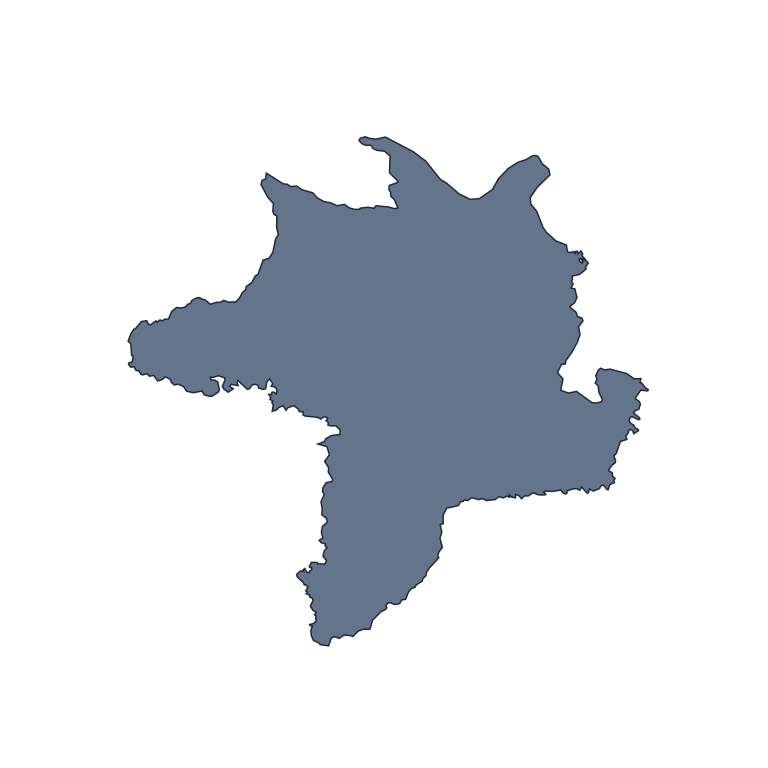 Armero, Tolima, Colombia (Robinson projection), rotated 290°
{"feature_id": "7082276B14946776938567", "entity_name": "Armero", "entity_type": "district", "adm_level": 2, "iso_a3": "COL", "parent_name": "Colombia", "parent_adm1": "Tolima", "projection": "robinson", "projection_center": [-74.888, 5.016], "detail": "fine", "context": "isolated", "style": "filled", "palette": "slate", "viewbox_px": 768, "rotation_deg": 290, "n_neighbors": 0, "source": "geoboundaries", "source_scale": "gbopen_adm2", "svg_char_len": 6171}
<svg xmlns="http://www.w3.org/2000/svg" viewBox="0 0 768 768"><g transform="rotate(290 384 384)"><path d="M608.9,457.7L621.0,460.6L637.2,468.4L642.2,465.4L645.1,457.4L650.5,451.0L650.7,448.8L649.5,445.7L643.4,440.7L638.2,434.1L629.3,427.2L616.2,421.4L603.8,419.4L590.8,410.2L587.0,402.0L588.3,389.7L594.1,374.2L595.5,367.0L607.7,347.1L612.3,331.9L616.5,300.8L611.4,292.8L609.9,286.7L609.9,281.9L606.9,277.7L604.4,277.1L602.2,281.2L602.1,285.3L603.8,289.4L603.4,291.2L601.8,292.5L601.1,297.1L602.9,305.0L600.2,311.8L584.4,316.9L579.2,327.9L577.7,327.5L572.4,321.0L568.0,322.3L566.6,324.5L562.6,326.3L561.0,330.5L554.2,336.8L552.4,334.1L551.9,327.9L548.8,315.6L545.7,314.4L544.5,308.2L541.1,301.5L539.9,301.3L538.1,296.8L537.6,291.5L539.2,285.3L535.5,278.9L536.0,272.1L534.9,265.2L536.1,257.7L539.3,251.7L538.5,240.5L540.1,234.3L537.6,228.7L538.6,224.6L537.6,220.8L541.9,201.3L536.4,202.7L533.5,199.7L529.1,200.4L519.9,210.7L515.7,218.4L508.3,220.4L505.7,222.8L505.3,225.8L494.3,229.6L488.2,233.6L483.4,232.5L469.8,234.5L462.8,233.0L459.1,228.0L443.8,228.1L441.8,226.2L434.0,225.0L428.6,221.2L425.3,221.8L421.5,219.6L415.2,218.8L410.4,216.6L407.8,210.1L407.7,204.7L404.7,202.2L403.5,198.7L399.6,193.6L401.9,186.8L401.4,183.1L402.2,181.4L400.6,178.2L396.8,174.9L393.4,174.5L391.7,172.2L388.9,171.2L386.2,168.0L384.9,162.9L379.9,159.8L371.4,159.2L369.6,155.4L367.5,154.2L367.6,151.6L364.8,150.0L365.3,148.1L359.9,144.5L359.6,142.1L362.3,139.4L359.7,134.6L350.8,131.4L349.9,130.2L344.3,128.9L336.8,128.9L335.0,132.4L324.5,137.1L324.2,138.7L323.0,139.3L318.5,139.6L316.6,137.1L315.3,137.0L313.2,140.1L314.8,143.5L312.1,145.9L312.2,149.7L309.9,152.3L310.0,154.0L312.6,157.8L311.1,161.1L313.3,164.5L309.5,170.3L311.9,173.7L316.1,176.2L315.1,181.8L312.9,183.6L311.3,187.2L313.4,190.5L313.1,196.3L309.7,201.0L310.6,207.8L315.1,215.3L312.3,219.0L312.8,224.4L313.9,226.8L319.6,231.0L322.2,231.3L329.0,227.2L329.8,224.0L328.7,219.9L331.1,218.6L331.6,221.1L335.0,225.3L335.4,231.8L333.9,233.2L326.3,233.0L324.3,235.6L323.0,240.5L327.9,244.0L329.0,239.7L331.5,240.6L332.6,247.5L335.5,245.4L337.4,245.5L332.3,257.4L333.3,259.1L338.3,260.6L339.7,263.3L339.7,266.0L337.3,267.5L337.6,272.5L339.1,274.4L346.2,273.1L349.5,274.7L346.3,279.4L343.3,278.7L343.9,282.1L342.6,284.6L340.6,285.9L337.8,286.1L338.7,283.0L337.7,281.4L335.7,282.0L334.9,279.2L332.7,282.2L330.7,282.0L329.9,285.4L328.3,284.9L326.6,287.1L320.1,288.3L322.7,291.8L326.0,293.2L329.0,296.6L325.8,300.9L329.0,301.9L332.8,306.7L331.2,311.9L329.1,313.8L330.1,317.6L327.0,318.7L327.0,321.4L330.0,332.7L329.4,336.6L332.7,338.9L333.1,341.4L332.1,342.9L329.8,342.0L328.8,344.8L326.3,345.4L326.4,348.4L328.3,353.1L325.7,358.6L321.4,359.8L317.6,352.2L312.6,348.0L309.6,347.7L305.0,342.5L305.6,351.8L298.8,356.9L290.9,354.7L286.6,360.5L282.1,361.8L276.8,368.4L274.4,368.3L271.7,363.5L265.9,362.1L262.4,362.8L259.5,365.6L251.7,365.1L246.1,368.4L239.9,370.3L238.1,375.7L235.0,378.0L229.0,374.8L222.9,376.0L218.3,379.3L215.0,376.5L213.4,379.3L213.7,383.7L211.7,384.0L211.0,386.3L206.9,385.0L201.4,385.5L198.5,390.2L195.2,390.2L194.3,389.2L192.4,383.6L193.4,382.4L191.6,376.8L187.0,376.2L186.2,377.3L186.7,378.7L184.6,379.6L183.0,378.3L181.5,378.4L180.6,376.2L183.5,372.7L181.6,371.5L180.4,372.8L179.7,369.4L175.2,367.0L173.2,368.3L169.6,376.4L168.0,377.8L168.5,379.9L166.5,382.0L162.9,381.2L162.5,383.3L160.3,382.6L160.3,386.0L158.2,387.4L158.3,389.6L156.6,391.4L150.1,390.7L147.0,394.6L146.4,398.5L143.4,397.5L142.9,399.4L140.1,400.0L138.8,401.5L134.9,399.8L132.5,396.4L131.7,397.0L132.0,399.5L127.5,399.5L122.7,401.8L118.8,405.5L118.5,410.8L117.3,413.3L119.0,421.5L126.8,421.4L128.8,422.7L129.7,424.9L129.6,428.9L134.2,432.0L135.9,437.2L136.2,441.2L142.9,444.2L146.6,448.7L148.7,454.6L158.3,454.1L169.3,459.2L172.5,462.5L174.7,463.1L176.4,461.5L179.6,462.8L180.6,464.5L180.4,469.2L182.0,472.6L183.5,473.9L187.1,474.4L189.0,477.9L197.2,478.2L201.2,479.8L203.7,482.7L206.2,483.0L211.8,487.3L214.6,487.1L218.2,489.0L221.6,488.3L226.4,489.5L239.5,494.9L240.8,493.3L245.0,493.0L250.5,494.7L258.3,489.3L264.7,488.9L270.9,485.0L273.2,487.4L280.5,484.5L288.7,485.3L295.2,495.5L299.4,496.1L300.7,498.3L302.5,499.1L303.1,502.5L307.2,505.3L307.7,512.3L309.9,515.6L309.5,520.0L313.5,528.1L317.5,530.5L317.8,535.1L320.8,537.9L320.5,540.4L322.8,539.7L321.3,542.3L322.0,546.5L325.2,545.5L325.3,548.7L323.2,552.4L326.8,554.2L328.2,557.9L332.7,561.1L332.8,567.7L334.9,573.3L336.0,573.7L337.0,571.0L338.6,572.3L340.6,578.9L344.8,586.4L342.8,589.7L342.8,592.4L344.2,593.3L346.1,592.4L350.5,598.0L351.5,600.9L351.1,604.3L354.8,604.8L350.8,612.4L351.9,613.3L355.5,612.9L355.0,617.3L359.4,622.3L361.9,622.4L363.5,623.8L363.6,625.6L361.0,629.7L361.2,630.8L366.7,630.6L370.1,634.2L372.0,632.9L374.4,633.4L375.3,630.4L378.8,628.8L379.2,625.1L380.2,624.5L385.2,625.8L389.0,628.1L391.2,627.9L395.0,624.6L398.1,626.0L410.8,625.8L415.0,631.2L418.0,628.9L421.0,630.2L424.6,630.0L425.7,631.4L425.0,633.9L422.7,635.6L427.2,639.1L428.2,638.5L428.7,634.8L430.8,632.7L431.3,629.5L432.9,627.3L435.1,626.7L437.1,627.1L438.1,628.8L437.5,635.4L438.2,636.4L439.6,635.8L442.2,628.4L445.2,629.3L447.2,632.1L452.9,631.8L455.1,629.4L455.9,625.7L457.4,625.0L466.0,627.4L467.7,634.1L469.1,634.3L470.0,630.7L473.1,625.8L472.6,624.2L476.9,623.5L474.4,617.3L476.8,608.6L475.3,591.3L472.7,586.6L472.9,582.0L470.1,580.6L464.2,580.1L461.4,582.5L457.3,582.1L455.4,586.0L449.7,588.8L444.1,594.5L441.8,594.4L438.5,589.7L437.6,585.8L442.9,567.4L438.6,560.6L438.5,552.3L450.0,550.4L453.5,543.9L454.9,543.2L463.2,544.1L464.8,547.5L468.2,546.9L477.7,549.6L490.2,551.5L497.7,551.2L504.4,547.2L511.2,549.4L513.5,547.7L513.7,542.7L517.2,539.9L519.7,532.7L520.7,532.4L525.5,535.3L531.3,535.8L538.7,530.7L538.1,526.8L542.7,527.5L544.7,524.8L546.5,525.5L549.7,523.8L553.6,529.9L557.8,532.7L561.3,534.6L562.3,533.4L567.3,534.6L568.8,532.9L568.8,530.9L570.1,530.5L568.2,527.4L567.1,529.1L565.4,528.7L566.1,526.0L568.3,524.6L570.6,529.2L572.4,525.9L574.3,526.2L576.4,523.6L572.9,521.7L574.9,520.3L573.9,518.3L572.2,519.3L573.0,516.1L571.3,514.6L570.9,511.2L576.9,507.9L577.3,496.5L582.2,484.5L585.7,479.7L598.5,468.5L603.3,460.5L608.9,457.7Z" fill="#64748b" stroke="#1e293b" stroke-width="1.5"/></g></svg>